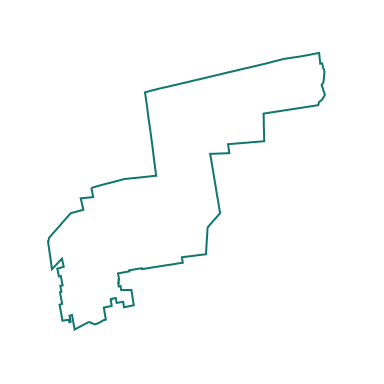 Chapultepec, México, Mexico (Equal Earth projection), rotated 350°
{"feature_id": "50627088B16743995066906", "entity_name": "Chapultepec", "entity_type": "district", "adm_level": 2, "iso_a3": "MEX", "parent_name": "Mexico", "parent_adm1": "México", "projection": "equal_earth", "projection_center": [-99.553, 19.204], "detail": "fine", "context": "isolated", "style": "outline", "palette": "teal", "viewbox_px": 384, "rotation_deg": 350, "n_neighbors": 0, "source": "geoboundaries", "source_scale": "gbopen_adm2", "svg_char_len": 3143}
<svg xmlns="http://www.w3.org/2000/svg" viewBox="0 0 384 384"><g transform="rotate(350 192 192)"><path d="M235.5,160.2L235.8,151.2L240.6,151.6L245.4,152.1L250.3,152.5L255.1,153.0L259.9,153.4L264.7,153.9L271.9,154.5L272.8,149.0L273.6,143.6L274.4,138.1L275.3,132.7L276.1,127.2L280.7,127.3L285.3,127.4L289.9,127.5L294.5,127.6L299.2,127.7L303.8,127.8L308.4,127.9L313.0,128.0L317.6,128.1L322.2,128.2L326.8,128.3L331.4,128.4L331.7,127.8L332.7,125.5L334.4,124.5L335.9,123.9L339.4,119.9L339.7,118.4L339.4,116.6L339.0,114.7L338.9,112.8L338.3,109.9L338.4,108.8L340.2,107.2L341.3,104.3L342.7,98.9L343.3,96.7L343.3,95.5L342.8,92.6L342.5,87.9L340.6,87.9L341.3,77.1L335.2,77.2L329.0,77.3L324.6,77.3L320.2,77.3L314.4,77.1L309.8,77.0L305.2,76.9L300.5,77.3L295.8,77.6L291.1,78.0L286.4,78.4L281.8,78.6L277.2,78.9L273.3,79.1L268.6,79.4L263.8,79.6L259.0,79.9L254.2,80.2L249.5,80.4L244.7,80.7L238.7,81.1L232.7,81.4L228.0,81.7L223.3,82.0L218.6,82.3L213.9,82.5L209.2,82.8L204.4,83.1L200.0,83.3L195.5,83.6L191.0,83.8L186.6,84.1L182.1,84.3L177.6,84.5L172.2,84.9L171.6,84.9L167.6,85.3L163.0,85.7L162.8,92.9L162.5,101.6L162.0,111.4L161.7,121.6L161.4,129.8L160.9,141.4L160.3,152.3L159.8,163.9L159.5,169.8L154.7,169.4L150.1,169.1L145.5,168.8L141.0,168.5L136.4,168.1L131.9,167.8L127.3,167.5L122.7,167.9L118.1,168.3L113.6,168.7L109.0,169.0L104.4,169.4L99.8,169.8L95.0,170.4L94.1,170.7L93.6,171.3L93.8,179.9L87.6,179.4L81.3,178.9L81.7,186.4L81.9,189.9L81.9,190.6L80.2,190.8L74.5,191.3L68.9,191.8L64.6,195.2L60.3,198.6L56.1,202.1L51.8,205.5L47.5,208.9L43.3,212.3L42.0,215.8L41.6,215.7L41.4,222.2L41.2,228.7L41.0,235.7L40.7,242.6L40.7,243.7L44.2,241.1L52.3,235.1L52.5,239.3L52.7,243.4L48.5,243.8L47.3,243.9L46.0,244.1L46.1,246.0L46.1,248.0L46.2,250.1L46.2,252.0L48.2,252.0L48.2,254.0L48.3,255.8L48.3,258.2L48.4,261.5L46.0,261.5L46.0,264.5L46.1,267.5L44.6,267.7L44.6,273.6L44.7,279.6L43.3,279.8L42.0,280.0L42.1,288.1L42.1,296.3L45.3,296.3L48.4,296.4L48.5,297.6L48.6,298.9L50.0,298.7L49.9,292.6L51.2,292.4L52.5,292.3L52.5,295.6L52.5,298.2L52.5,299.7L52.5,301.3L52.5,303.3L52.5,307.1L57.5,305.4L62.5,303.8L65.2,302.9L67.2,302.3L68.2,302.3L69.1,302.7L69.7,303.3L70.8,303.8L72.1,304.7L73.4,305.5L74.9,305.2L76.4,305.0L78.3,304.5L80.5,303.6L80.9,303.7L81.5,303.3L82.4,302.9L83.3,302.8L84.3,302.9L85.0,302.7L85.0,298.9L85.0,294.8L85.1,292.8L85.1,290.5L93.1,290.3L93.2,287.2L93.2,284.2L94.1,284.1L94.0,283.2L98.5,283.2L98.5,288.1L105.2,288.2L105.0,293.7L115.0,293.4L115.3,277.9L105.2,276.3L105.3,272.2L103.4,272.3L103.5,268.8L104.2,268.8L104.2,266.0L105.0,265.9L105.0,259.3L116.5,259.3L116.4,258.3L123.6,258.2L129.3,258.4L129.3,259.2L130.0,259.3L135.8,259.4L138.8,259.4L147.3,259.6L154.9,259.7L156.1,259.8L157.9,259.8L161.1,259.9L164.8,259.9L168.7,260.0L170.6,260.1L170.7,254.5L175.3,254.7L180.0,255.0L184.7,255.2L189.3,255.4L194.0,255.7L195.0,255.7L196.5,249.3L198.0,242.9L199.6,236.4L201.1,230.0L202.1,228.9L202.3,228.7L206.9,225.0L211.4,221.4L216.0,217.7L216.0,211.7L216.1,205.7L216.1,199.7L216.2,193.7L216.3,187.7L216.3,181.7L216.4,175.7L216.4,169.6L216.5,163.6L216.5,157.6L221.3,158.3L226.0,158.9L230.8,159.6L235.5,160.2Z" fill="none" stroke="#0f766e" stroke-width="2"/></g></svg>